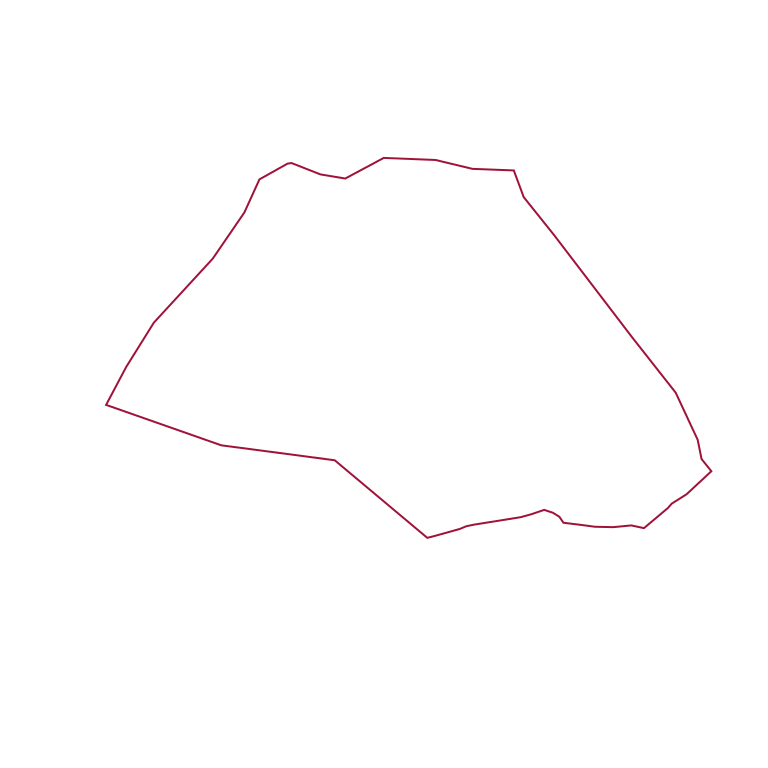 Rose Hill, Castries, Saint Lucia, rotated 155°
{"feature_id": "8701671B64973472521789", "entity_name": "Rose Hill", "entity_type": "district", "adm_level": 2, "iso_a3": "LCA", "parent_name": "Saint Lucia", "parent_adm1": "Castries", "projection": "mercator", "projection_center": [-60.986, 14.008], "detail": "fine", "context": "isolated", "style": "outline", "palette": "rose", "viewbox_px": 768, "rotation_deg": 155, "n_neighbors": 0, "source": "geoboundaries", "source_scale": "gbopen_adm2", "svg_char_len": 682}
<svg xmlns="http://www.w3.org/2000/svg" viewBox="0 0 768 768"><g transform="rotate(155 384 384)"><path d="M124.2,166.6L127.9,181.8L123.3,200.8L123.3,252.8L139.4,321.5L166.9,447.0L178.4,494.3L176.1,522.7L212.9,541.6L242.7,565.3L288.7,589.0L332.3,586.6L353.0,600.8L374.4,623.3L378.3,624.5L410.4,622.1L438.0,598.5L486.2,570.0L566.6,536.9L610.3,508.5L644.7,482.5L557.4,397.2L460.9,335.7L409.8,226.3L403.7,225.1L376.5,220.6L369.5,220.3L361.9,218.5L316.3,205.5L305.5,203.7L292.0,202.2L285.3,195.9L281.2,189.6L280.0,182.4L265.4,173.3L253.2,165.5L236.8,157.4L219.6,151.3L209.3,143.5L179.2,151.6L173.7,154.0L156.4,156.2L124.2,166.6Z" fill="none" stroke="#9f1239" stroke-width="2"/></g></svg>